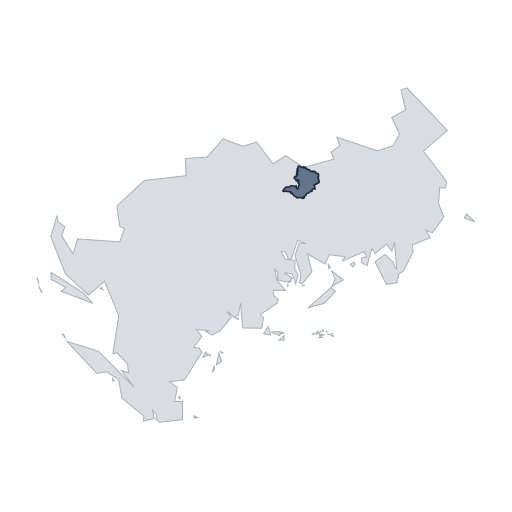 where Tyumen' sits in Russia, rotated 178°
{"feature_id": "RUS-2398", "entity_name": "Tyumen'", "entity_type": "Region", "adm_level": 1, "iso_a3": "RUS", "parent_name": "Russia", "parent_adm1": "", "projection": "orthographic", "projection_center": [69.281, 57.561], "detail": "fine", "context": "in_parent", "style": "filled", "palette": "slate", "viewbox_px": 512, "rotation_deg": 178, "n_neighbors": 0, "source": "natural_earth", "source_scale": "10m", "svg_char_len": 8284}
<svg xmlns="http://www.w3.org/2000/svg" viewBox="0 0 512 512"><g transform="rotate(178 256 256)"><path d="M460.4,282.5L453.4,303.4L452.7,297.4L446.1,291.9L449.5,283.1L438.8,264.4L433.8,279.3L391.7,274.9L386.4,288.0L391.2,290.5L393.4,310.7L365.0,335.4L322.9,338.7L323.2,355.8L301.4,356.6L284.7,374.3L265.2,366.0L251.5,370.0L235.8,347.5L222.9,355.3L205.3,342.8L174.8,350.1L177.5,357.2L168.4,363.3L171.1,372.0L131.0,356.9L115.2,361.5L108.4,372.7L115.5,389.7L101.4,396.9L105.3,416.6L99.4,418.8L60.4,374.8L85.0,354.9L62.8,323.6L64.1,317.3L70.1,317.9L71.7,302.0L66.9,288.3L79.1,272.9L85.2,275.8L81.3,268.3L99.4,261.5L98.8,254.5L109.1,235.9L114.0,233.0L116.0,224.3L126.7,223.1L137.3,245.9L127.1,253.1L119.2,245.2L117.8,240.2L115.9,238.4L117.0,264.9L120.0,256.2L125.2,263.3L136.8,254.3L140.0,259.3L145.3,242.4L150.5,245.7L150.8,250.3L145.5,251.4L147.8,256.6L169.7,247.9L167.2,252.3L182.9,254.7L187.1,245.4L204.5,256.4L200.7,238.4L210.8,226.5L213.4,227.8L211.9,235.9L217.0,255.2L212.4,267.3L205.7,266.7L213.9,270.1L220.5,252.4L223.6,251.3L226.3,259.0L230.9,259.6L226.5,251.5L217.1,250.4L217.7,241.3L214.5,235.9L217.3,226.8L220.3,236.6L226.1,238.1L227.6,237.8L220.4,232.4L225.0,228.7L235.2,231.4L234.8,238.9L237.6,241.7L236.1,231.4L227.7,220.6L239.8,221.0L240.0,216.2L235.3,211.9L236.3,208.2L253.9,197.3L250.6,193.9L252.9,183.6L271.9,184.6L273.0,209.3L275.7,197.6L280.0,195.2L284.9,200.5L285.9,201.1L286.6,200.8L282.8,195.7L294.7,182.2L302.8,178.5L308.6,182.1L305.3,183.2L317.9,184.4L312.9,177.5L321.4,166.9L315.8,165.9L313.5,161.6L331.8,134.7L346.8,133.3L339.2,127.4L342.4,113.4L334.5,113.2L335.2,94.9L357.8,93.2L361.9,96.4L360.6,100.2L364.8,105.6L363.5,97.1L374.2,94.8L373.7,99.9L395.0,118.8L397.6,137.2L409.2,145.4L419.3,144.3L447.9,177.3L416.9,166.4L382.7,129.6L394.6,146.3L387.2,143.8L388.4,152.9L398.6,164.3L402.5,163.3L395.2,201.2L408.3,236.0L424.8,222.7L447.1,244.8L460.4,282.5ZM205.9,202.3L182.3,221.8L177.7,217.8L189.5,206.4L205.9,202.3ZM420.7,214.4L451.9,227.5L447.3,231.3L461.5,239.7L461.5,247.0L430.3,225.4L420.7,214.4ZM169.6,229.1L181.7,222.4L177.6,229.9L180.8,238.6L169.6,229.1ZM296.4,160.2L294.0,152.0L299.5,148.3L296.4,160.2ZM235.0,175.6L243.9,179.5L234.6,179.8L235.0,175.6ZM230.8,170.9L236.1,171.0L230.7,175.4L230.8,170.9ZM244.3,176.5L251.1,178.2L246.2,184.9L244.3,176.5ZM301.9,147.9L301.4,144.3L303.7,141.4L301.9,147.9ZM36.3,282.5L46.4,286.7L44.1,290.8L36.3,282.5ZM184.6,175.2L187.6,175.0L181.5,175.6L184.6,175.2ZM307.8,158.5L312.9,156.5L309.6,161.9L307.8,158.5ZM162.0,244.6L158.0,246.4L157.2,244.1L159.7,241.7L162.0,244.6ZM190.3,174.9L193.1,174.3L194.1,175.7L190.3,174.9ZM198.8,176.1L197.3,178.6L195.5,177.4L196.2,175.8L198.8,176.1ZM201.3,176.9L199.2,176.3L202.3,175.8L201.3,176.9ZM183.6,240.8L184.3,245.9L182.1,241.9L183.6,240.8ZM234.3,177.2L233.1,179.1L231.2,177.8L234.3,177.2ZM192.6,172.2L195.8,172.1L194.3,173.6L192.6,172.2ZM323.4,96.2L323.7,98.5L320.1,96.6L323.4,96.2ZM182.8,173.1L184.4,174.4L180.6,173.2L182.8,173.1ZM211.0,224.8L207.7,225.5L210.9,224.5L211.0,224.8ZM275.9,193.1L278.8,194.6L276.0,194.6L275.9,193.1ZM336.5,115.3L338.2,117.4L337.3,118.4L336.5,115.3ZM194.2,178.7L192.9,177.6L195.2,178.7L194.2,178.7ZM194.9,173.8L195.4,175.7L193.9,174.3L194.9,173.8ZM470.8,226.5L472.4,228.9L474.3,233.8L470.8,226.5ZM191.6,178.1L192.3,180.0L190.9,179.5L191.6,178.1ZM224.7,228.2L222.4,229.8L221.8,229.6L224.7,228.2ZM403.9,136.4L403.4,138.7L402.0,136.0L403.9,136.4ZM305.2,157.7L307.0,159.4L305.2,159.1L305.2,157.7ZM410.0,227.5L412.9,229.1L411.6,230.1L410.0,227.5ZM448.8,180.1L452.4,184.5L451.2,184.6L448.8,180.1ZM189.1,178.1L187.6,178.3L187.4,177.7L189.1,178.1ZM225.6,224.0L225.4,226.3L224.8,225.7L225.6,224.0ZM294.2,160.4L295.0,162.0L292.4,160.3L294.2,160.4ZM475.2,241.3L473.8,235.0L475.7,241.9L475.2,241.3Z" fill="#d9dde1" stroke="#a8b0b8" stroke-width="1"/><path d="M206.0,343.2L205.9,342.9L205.8,342.7L205.1,342.5L205.0,342.9L205.1,343.0L205.3,343.3L205.2,343.5L204.8,343.2L204.7,343.1L204.3,343.0L204.3,342.9L203.9,342.8L203.8,342.5L203.4,342.7L203.2,342.2L202.8,342.1L202.8,341.7L202.7,341.6L202.2,341.4L202.3,340.7L202.2,340.6L201.5,340.9L201.3,340.9L201.2,340.8L201.1,340.6L200.9,340.5L200.0,340.5L199.5,340.4L199.0,339.3L198.9,339.2L199.0,338.9L198.8,338.8L198.4,338.9L198.0,338.7L197.8,338.6L197.6,338.7L197.5,338.8L197.2,338.8L197.1,338.7L197.0,338.3L196.9,338.2L196.7,338.2L196.5,338.5L196.3,338.6L195.8,338.8L195.7,338.8L195.7,338.7L195.6,338.4L195.3,338.2L194.8,338.0L194.7,338.0L194.5,338.4L194.3,338.5L194.2,338.5L194.1,338.3L193.6,337.9L193.4,337.6L193.3,337.4L193.0,336.9L193.0,336.5L191.7,336.2L191.4,336.3L191.2,336.3L190.9,336.0L191.1,335.9L191.3,335.9L191.1,335.7L190.9,335.4L190.9,335.2L190.5,334.8L190.5,334.7L190.6,334.3L190.7,334.2L190.7,333.9L190.6,333.7L190.6,333.2L191.2,333.1L191.3,333.0L191.4,332.7L191.6,332.4L191.6,332.1L191.3,332.1L191.1,332.2L191.0,331.9L190.9,331.7L190.9,331.4L190.8,331.2L190.9,329.9L190.7,329.7L190.4,329.5L190.3,329.4L190.5,329.1L190.5,328.7L190.4,328.4L190.7,328.3L190.7,328.0L190.7,327.9L190.8,327.8L191.0,327.6L191.0,327.4L190.7,327.4L190.5,327.2L192.7,326.0L192.8,326.4L193.0,326.4L193.5,326.0L193.4,325.8L193.5,325.7L193.8,325.6L194.0,325.7L194.2,325.3L194.7,325.2L194.9,325.1L195.0,325.0L195.5,324.8L195.3,324.5L194.8,322.9L194.8,321.2L194.7,320.9L195.4,321.0L195.8,320.9L196.3,321.1L197.6,320.6L197.7,320.4L197.7,319.2L197.7,318.9L197.8,318.9L198.4,318.6L198.5,318.6L198.7,319.0L198.8,319.0L199.5,318.4L200.5,317.9L200.8,317.4L201.0,317.2L201.6,317.1L202.7,316.9L203.1,316.8L203.2,316.7L203.4,316.5L203.9,314.9L204.0,314.7L204.9,314.4L206.5,313.3L206.4,313.1L205.7,312.6L205.8,312.4L206.5,312.0L207.1,312.0L207.3,312.0L207.4,312.4L207.4,312.5L207.5,312.5L209.3,312.5L209.5,312.7L209.7,312.9L210.2,313.1L211.5,312.8L212.1,313.0L212.3,313.0L212.6,312.5L212.7,312.4L212.8,312.4L213.1,312.9L213.2,313.1L213.7,313.4L214.0,313.7L214.9,314.1L215.2,314.6L215.3,314.6L215.6,314.6L215.9,315.0L216.2,315.2L216.9,316.1L217.2,316.3L217.2,316.7L217.2,316.8L217.5,317.3L218.0,317.6L218.7,317.2L218.8,317.2L218.9,317.3L219.0,317.4L219.1,317.6L219.1,317.9L219.0,318.0L219.6,318.5L219.5,318.9L219.4,319.1L220.8,319.4L221.1,319.3L221.5,319.1L221.8,319.3L222.3,319.2L222.7,319.3L222.8,319.4L223.1,319.7L223.4,319.7L223.6,319.7L225.4,319.5L225.6,319.6L225.9,319.8L226.2,319.6L226.3,319.6L226.9,320.0L226.9,320.3L226.7,320.5L226.2,321.1L226.0,321.3L226.0,321.5L225.8,321.6L225.7,321.7L225.2,322.3L225.2,322.5L224.7,322.8L223.8,323.8L219.9,323.9L219.5,324.2L219.4,324.4L219.4,324.5L219.1,324.9L217.9,324.9L217.7,324.8L216.6,324.9L216.2,324.5L216.0,324.3L214.6,324.5L214.2,324.6L213.9,324.6L213.4,324.7L213.4,324.4L213.3,324.1L213.3,322.9L213.5,322.7L213.4,322.5L213.1,322.3L212.9,322.2L212.7,321.7L212.4,321.7L212.2,321.6L211.9,321.6L210.6,325.4L210.5,325.6L210.3,325.8L210.5,326.1L210.5,326.4L210.5,326.7L210.7,326.9L210.8,327.2L211.0,327.2L211.0,327.3L211.1,328.0L211.4,328.0L211.5,328.1L211.5,328.4L211.5,328.5L210.6,329.2L210.5,329.3L210.8,330.0L211.0,330.2L211.3,330.2L211.4,330.3L211.2,330.5L211.7,330.6L211.8,330.6L211.9,330.4L211.7,330.1L211.9,329.8L212.5,329.7L213.0,329.6L213.0,329.9L213.1,330.0L213.0,330.3L213.1,330.5L213.5,330.5L214.0,331.4L214.8,332.0L215.1,332.4L215.2,332.8L215.2,333.0L214.9,333.2L214.8,333.6L214.7,333.7L214.5,333.8L214.2,333.7L214.2,333.8L214.2,334.0L213.7,334.0L213.4,334.1L212.9,333.9L212.9,334.0L213.1,334.2L213.1,334.3L213.1,334.5L213.0,334.8L213.0,335.0L212.9,335.1L212.7,335.3L212.2,335.3L212.0,335.5L211.9,335.6L212.0,335.6L212.4,335.8L212.5,335.8L212.6,336.1L212.5,336.3L212.2,336.4L211.9,336.6L212.0,336.9L212.2,337.0L212.1,337.3L212.2,337.6L212.4,337.6L212.5,337.7L212.5,337.9L212.3,338.5L212.1,339.1L212.0,339.3L211.0,339.4L210.9,339.4L210.9,339.5L211.0,339.7L211.3,339.7L211.8,339.6L212.0,339.7L211.9,339.8L211.7,339.9L211.3,340.0L211.2,340.5L211.2,340.8L211.5,341.1L211.8,341.1L212.0,341.4L211.8,341.8L211.2,342.1L211.0,342.4L210.9,342.5L211.0,342.8L211.1,343.0L210.9,343.4L210.8,343.5L210.7,343.7L210.6,343.8L210.6,344.0L210.2,344.1L210.0,344.4L210.0,344.5L209.9,344.5L209.4,344.1L209.2,344.1L208.9,344.0L208.5,343.5L208.4,343.4L207.9,343.1L207.2,343.0L206.6,342.8L206.2,343.2L206.0,343.2ZM212.0,338.7L212.1,338.4L211.9,338.5L212.0,338.7ZM211.8,339.0L212.0,339.0L212.0,338.9L211.9,338.9L211.7,338.9L211.7,339.0L211.8,339.0Z" fill="#64748b" stroke="#1e293b" stroke-width="1.5"/></g></svg>